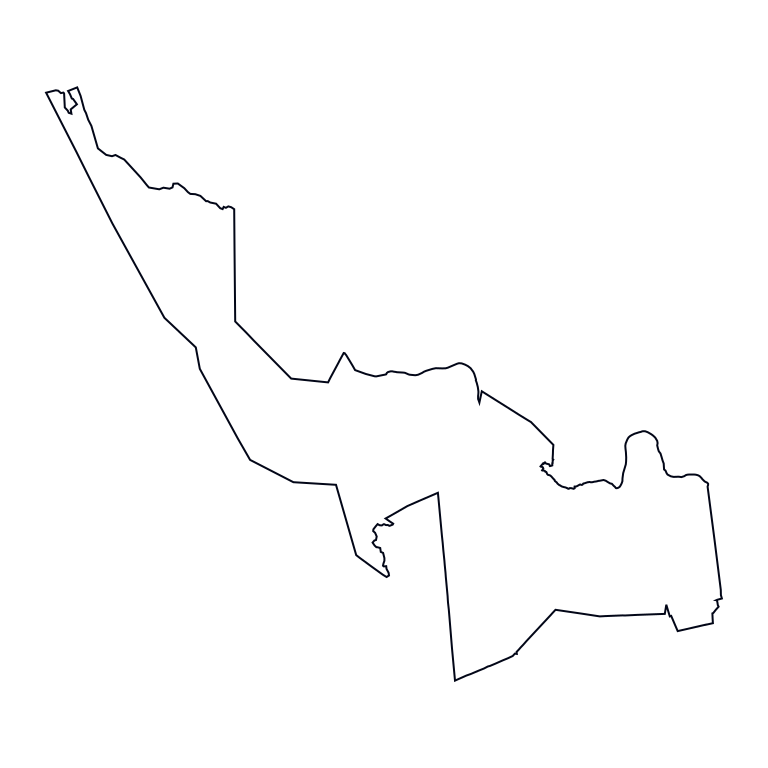 outline of Tuxpan, Nayarit, Mexico
{"feature_id": "50627088B21538362927498", "entity_name": "Tuxpan", "entity_type": "district", "adm_level": 2, "iso_a3": "MEX", "parent_name": "Mexico", "parent_adm1": "Nayarit", "projection": "natural_earth1", "projection_center": [-105.318, 21.993], "detail": "fine", "context": "isolated", "style": "outline", "palette": "ink", "viewbox_px": 768, "rotation_deg": 0, "n_neighbors": 0, "source": "geoboundaries", "source_scale": "gbopen_adm2", "svg_char_len": 5982}
<svg xmlns="http://www.w3.org/2000/svg" viewBox="0 0 768 768"><path d="M667.6,474.6L666.7,473.4L665.5,470.6L664.1,469.5L663.9,466.9L663.7,463.5L662.6,460.6L661.7,457.4L660.5,453.5L658.8,451.3L658.1,449.1L657.2,445.4L657.6,443.1L657.2,440.9L656.0,438.9L655.3,437.7L654.5,436.9L653.1,435.6L651.5,434.4L649.3,433.1L647.7,432.2L645.3,431.3L643.9,431.2L642.3,431.3L640.8,431.9L639.0,432.3L636.9,433.0L634.6,433.7L631.5,435.2L629.8,436.3L628.5,437.5L627.6,439.0L627.1,440.0L625.7,443.4L625.3,445.8L625.5,448.7L625.9,452.1L626.2,457.4L626.1,461.4L625.8,464.4L623.2,473.1L622.5,478.3L622.4,481.2L621.8,483.0L621.2,484.3L620.5,485.6L619.7,486.8L618.4,487.7L617.3,488.1L616.2,488.2L615.8,488.0L615.0,486.9L613.7,485.8L611.9,483.8L610.1,483.4L607.7,482.0L605.7,480.7L603.5,480.0L601.5,480.4L599.4,480.8L599.1,480.8L598.2,480.9L597.8,481.1L596.0,481.5L594.2,481.7L593.2,482.0L592.7,482.1L592.4,482.2L592.0,482.2L591.0,482.3L590.5,482.2L589.7,482.0L589.2,482.0L588.4,482.2L587.9,482.2L587.1,482.4L586.7,482.6L586.2,482.7L585.1,483.1L584.2,483.4L583.4,483.5L583.1,483.8L582.8,484.3L582.5,484.6L581.9,484.9L581.6,484.9L581.3,484.9L580.4,484.5L580.0,484.5L579.8,484.6L579.4,484.8L578.0,485.6L576.5,486.4L576.0,486.5L574.9,486.5L574.6,486.5L574.5,487.0L574.7,487.9L574.7,488.2L574.6,488.3L573.8,488.7L573.6,488.8L572.2,488.4L570.9,488.1L570.6,488.1L570.1,488.1L569.5,488.2L569.3,488.3L568.9,488.7L568.8,488.8L568.3,488.7L567.9,488.6L567.6,488.5L567.2,488.1L566.7,488.0L566.6,487.9L566.2,487.7L565.3,487.4L563.5,487.0L562.6,486.7L562.1,486.6L561.3,486.2L560.0,485.3L559.5,485.2L559.2,485.0L558.2,484.2L557.9,483.9L557.5,483.6L557.3,483.4L557.0,482.8L556.8,482.5L555.0,481.1L554.8,480.8L554.7,480.5L554.7,480.2L554.3,479.8L554.2,479.5L553.8,479.2L553.5,478.9L553.2,478.6L552.9,478.2L552.7,478.0L552.0,477.2L551.3,476.4L550.8,476.0L550.4,475.6L549.5,475.2L548.1,474.9L547.9,474.8L547.7,474.6L547.3,474.2L547.0,473.7L546.6,472.6L546.4,472.1L546.2,471.9L545.9,471.8L545.4,471.8L545.3,471.7L545.2,471.6L545.0,471.1L544.5,470.8L544.0,470.6L542.3,470.5L542.1,470.4L542.6,469.5L543.3,468.5L542.9,467.4L542.4,467.0L540.7,466.6L540.5,466.4L543.2,463.3L543.7,463.8L545.0,462.4L545.8,463.3L546.1,463.6L548.7,464.2L549.2,464.4L549.4,464.7L549.6,465.3L549.7,465.8L549.9,466.1L550.0,466.1L550.4,466.0L551.5,465.7L552.3,465.4L552.3,465.1L552.3,463.2L552.6,463.1L552.7,460.8L552.7,460.5L552.9,460.3L553.0,460.2L553.3,459.6L552.6,459.0L552.9,453.9L553.0,450.1L553.4,444.9L531.4,422.5L531.2,422.2L527.7,420.1L524.6,418.2L518.6,414.5L512.8,410.8L481.8,391.3L479.4,402.6L478.6,400.3L478.1,399.0L478.1,395.9L478.3,394.3L478.4,392.8L478.4,391.3L477.8,387.0L476.8,383.1L475.8,380.2L476.0,379.5L474.3,374.0L473.3,371.9L473.0,371.4L472.2,370.4L471.7,369.7L470.6,368.2L467.9,366.1L465.0,364.6L461.7,363.4L459.0,363.2L457.2,363.7L453.4,365.3L447.8,367.7L445.6,368.3L442.4,368.4L435.8,368.2L432.4,368.9L426.2,370.8L424.0,371.7L422.1,372.9L418.2,374.7L415.7,375.2L414.8,375.2L409.6,374.7L408.9,374.5L408.3,374.3L407.0,373.7L404.9,372.8L403.4,372.6L396.7,372.2L396.1,372.0L393.9,371.7L392.6,371.4L392.1,371.3L391.5,371.3L390.9,371.3L390.4,371.4L389.3,371.7L388.2,372.0L387.8,372.2L387.3,372.6L386.9,372.9L386.6,373.4L386.3,373.9L386.2,374.3L385.6,374.5L376.2,376.4L374.7,376.3L365.9,374.0L355.1,370.1L352.6,365.7L348.7,359.2L348.3,358.6L346.2,355.1L344.9,353.6L344.7,353.2L343.7,353.0L339.5,360.7L338.7,362.3L330.1,378.3L328.1,382.4L291.2,378.6L254.1,340.9L246.6,333.0L235.2,321.5L234.5,247.3L234.2,209.2L231.2,207.2L228.3,206.4L225.9,207.8L223.7,206.9L222.6,209.1L220.2,208.2L216.1,203.7L210.2,202.5L207.7,201.1L206.1,201.2L200.4,195.9L195.3,194.2L190.3,193.9L187.9,192.1L184.3,188.2L177.8,183.5L173.4,183.7L172.5,187.4L169.6,188.7L163.4,187.7L159.3,189.3L148.9,187.5L146.8,185.1L140.6,177.4L124.2,159.5L120.7,157.8L115.5,155.0L112.0,156.2L106.2,154.9L97.9,148.4L91.4,125.9L88.2,119.7L86.0,113.1L84.3,109.8L80.6,95.9L77.2,87.4L68.1,91.0L70.0,94.2L71.8,98.5L73.1,99.0L76.9,104.3L70.7,109.4L71.4,113.7L68.7,112.8L67.8,110.7L64.8,107.5L64.1,93.4L63.4,92.6L60.9,93.1L58.2,90.7L55.8,90.3L46.1,92.7L76.6,152.3L88.6,176.4L112.4,223.5L164.4,317.8L195.8,347.4L199.8,368.8L237.7,438.3L250.1,459.9L293.4,482.2L336.0,484.8L356.2,555.1L359.9,558.0L371.6,566.6L382.7,574.6L386.5,577.0L389.0,575.5L388.6,572.8L386.9,569.6L386.5,568.8L386.2,566.2L383.8,566.4L383.0,565.7L383.5,563.4L384.4,560.8L384.4,558.1L384.1,556.9L383.1,552.9L380.8,551.9L380.2,548.0L379.2,547.7L377.2,547.2L376.4,547.2L374.6,545.5L372.6,542.6L374.4,540.5L376.0,540.0L376.7,536.5L375.1,532.8L373.2,531.1L373.4,529.3L375.8,526.2L377.6,524.1L378.3,524.5L379.5,525.2L381.1,525.4L381.9,525.4L383.5,524.3L383.8,524.2L384.5,524.3L385.7,525.0L386.5,525.1L387.8,525.0L389.3,525.8L389.7,525.8L392.7,524.6L393.2,523.7L389.6,521.3L385.6,518.5L389.9,516.1L406.8,506.4L407.5,506.0L419.1,500.9L437.9,492.8L438.4,497.8L441.9,535.5L442.7,543.0L443.3,550.0L444.4,560.7L444.7,564.5L445.1,568.7L445.5,572.7L445.8,576.9L447.6,596.1L447.8,599.6L448.0,602.5L448.8,609.6L449.5,617.9L452.0,648.4L455.0,680.6L466.5,675.5L470.5,674.1L479.0,670.5L484.0,668.5L487.8,666.5L489.7,666.0L489.8,666.0L495.5,663.6L502.7,660.4L507.8,658.3L512.7,656.0L514.9,653.6L516.8,653.9L516.6,651.9L518.8,649.6L520.7,647.4L523.0,645.0L526.7,640.8L551.4,614.3L551.7,613.9L555.5,609.8L562.3,610.8L565.0,611.2L582.1,613.7L599.8,616.4L605.1,616.1L622.6,615.4L624.7,615.5L636.9,614.9L658.7,614.1L664.8,613.9L666.3,604.7L668.5,612.1L669.8,616.4L671.2,615.9L674.9,624.6L677.7,631.1L705.6,624.7L705.6,624.8L712.9,623.2L712.6,618.4L712.4,613.4L713.3,613.0L715.8,609.8L718.6,606.7L717.8,605.0L717.4,602.3L716.9,600.3L716.3,600.2L717.2,599.8L721.9,598.5L720.9,595.1L720.8,590.0L714.5,539.7L707.6,486.7L707.7,486.1L708.0,485.4L708.1,485.0L708.1,483.7L707.2,482.7L704.9,481.6L704.2,481.0L702.3,479.1L701.5,478.0L700.3,476.8L699.6,476.1L697.8,475.2L695.8,474.7L693.9,474.5L689.5,474.5L687.3,474.7L685.9,475.1L684.2,476.2L681.4,477.1L678.7,476.7L673.6,476.9L670.8,476.3L667.6,474.6Z" fill="none" stroke="#020617" stroke-width="2"/></svg>